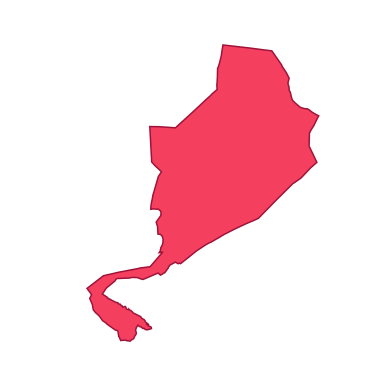 the district of Mitontic, Chiapas, Mexico, rotated 311°
{"feature_id": "50627088B9459318195233", "entity_name": "Mitontic", "entity_type": "district", "adm_level": 2, "iso_a3": "MEX", "parent_name": "Mexico", "parent_adm1": "Chiapas", "projection": "natural_earth1", "projection_center": [-92.592, 16.876], "detail": "fine", "context": "isolated", "style": "filled", "palette": "rose", "viewbox_px": 384, "rotation_deg": 311, "n_neighbors": 0, "source": "geoboundaries", "source_scale": "gbopen_adm2", "svg_char_len": 3728}
<svg xmlns="http://www.w3.org/2000/svg" viewBox="0 0 384 384"><g transform="rotate(311 192 192)"><path d="M41.7,190.6L38.3,194.8L37.7,198.1L37.6,203.2L36.2,209.0L36.7,212.5L36.5,214.3L36.6,214.8L36.7,216.7L36.9,218.8L37.5,224.5L38.3,226.3L38.4,226.9L38.1,227.7L34.9,231.5L34.6,232.6L33.1,235.6L36.5,238.8L36.9,240.2L38.2,242.1L38.9,243.2L40.4,243.3L43.0,244.2L45.9,243.3L47.1,243.3L48.9,242.7L50.8,240.0L53.3,238.9L56.1,238.7L56.1,238.9L56.0,239.6L56.2,241.3L56.7,242.0L56.8,242.7L56.7,244.1L57.0,244.8L57.6,245.1L57.7,246.1L57.5,246.9L58.8,248.8L62.3,251.0L63.1,250.1L63.2,249.4L63.1,249.1L63.0,248.8L62.9,248.3L62.8,248.0L62.6,247.8L62.5,247.3L62.3,246.6L62.4,246.4L62.5,245.7L62.4,245.3L62.4,243.9L62.9,244.9L63.3,246.0L63.6,246.7L63.5,245.0L63.4,242.1L64.0,241.0L64.2,240.1L64.3,239.6L64.2,239.1L64.0,238.4L63.9,238.0L63.8,237.1L63.9,236.3L64.2,235.5L64.2,234.7L64.0,234.0L63.9,233.6L63.6,232.4L63.0,230.1L62.9,229.5L62.7,229.1L62.6,228.6L62.4,228.2L62.3,227.7L62.2,227.1L62.4,225.9L62.4,224.4L62.4,223.8L62.2,222.8L62.1,222.1L62.1,221.5L62.2,221.1L61.6,221.4L61.5,221.2L60.8,219.7L60.8,219.3L60.9,218.8L61.1,218.4L61.7,217.6L61.8,217.2L61.8,216.8L61.5,216.4L59.8,215.5L59.7,215.3L59.8,215.0L60.2,213.9L60.2,213.6L60.2,213.4L59.9,212.9L59.8,212.7L59.9,212.1L60.2,211.8L60.2,211.3L60.0,210.9L59.5,210.5L59.4,210.3L59.4,209.9L59.8,208.9L59.8,208.6L59.6,208.1L59.2,207.6L58.8,207.2L58.7,206.9L58.6,206.1L57.5,202.0L57.3,200.1L56.8,200.0L56.5,197.7L57.0,197.5L56.2,191.3L63.4,190.4L74.1,192.2L77.2,191.9L86.1,201.3L88.1,202.8L88.8,203.4L89.5,204.5L90.0,205.0L90.6,205.7L91.0,206.2L91.8,207.6L92.2,208.5L92.4,209.3L92.7,210.0L92.9,210.3L93.1,211.0L93.4,211.7L93.9,212.4L94.6,212.8L108.5,219.5L108.6,222.8L113.5,224.4L119.1,223.9L120.3,223.4L121.0,223.5L121.7,223.3L122.2,223.3L122.8,223.5L128.2,225.5L128.7,228.5L130.2,229.3L130.4,230.4L150.7,234.1L160.8,236.9L164.7,238.3L165.8,238.8L166.7,239.3L181.3,244.2L191.5,248.3L203.3,253.5L211.9,257.7L215.8,259.4L239.9,260.8L264.2,262.6L274.0,265.1L288.3,265.7L296.3,266.8L303.5,250.2L313.5,242.0L316.8,241.2L322.4,240.3L330.1,238.2L332.6,237.7L331.6,233.4L331.0,229.9L330.9,226.8L330.7,225.3L330.4,224.4L330.0,223.9L329.6,223.4L329.3,223.0L328.8,222.3L328.5,221.6L327.6,219.9L327.3,219.0L327.0,218.2L326.9,217.0L326.9,215.7L326.9,210.9L327.1,207.7L328.8,204.8L331.7,200.9L332.2,199.8L332.3,198.9L332.9,198.3L333.5,197.7L334.6,196.6L335.5,195.4L335.8,195.0L336.1,194.2L336.3,193.9L336.8,193.5L336.9,193.2L337.5,192.7L337.9,192.5L338.1,192.4L338.4,192.4L338.6,192.3L338.9,192.0L339.7,191.6L340.6,191.1L340.8,191.1L341.6,190.7L341.9,190.0L342.1,189.6L342.2,189.2L342.3,188.8L342.5,188.4L342.9,187.6L344.0,184.7L345.4,179.7L345.7,178.5L346.0,177.4L346.6,176.6L347.4,173.6L350.9,159.6L348.3,155.8L337.0,138.8L336.8,138.6L323.3,118.9L319.2,121.4L313.9,124.8L307.7,128.0L303.6,129.8L302.2,130.1L300.5,131.5L299.9,132.0L295.2,135.9L291.6,138.7L289.0,140.6L285.8,143.7L283.5,143.4L279.7,142.8L276.3,142.7L274.6,142.4L270.2,141.9L252.7,140.1L246.7,139.4L235.0,138.0L229.6,137.4L219.6,124.2L213.7,117.2L188.2,141.9L187.6,146.6L187.3,155.7L181.7,156.4L167.7,162.9L164.5,164.3L160.1,166.9L157.3,168.4L154.8,170.0L151.9,172.2L152.6,172.9L153.5,173.5L156.2,177.0L156.7,177.5L157.0,178.3L156.9,178.8L157.1,179.7L157.0,180.6L156.6,181.5L155.9,182.3L155.4,182.8L154.8,183.1L153.9,183.9L146.1,184.7L145.9,184.7L145.7,184.8L143.3,188.7L139.3,192.6L137.9,193.9L139.3,196.0L139.1,198.5L137.4,201.2L136.2,202.0L135.6,202.8L134.7,203.1L133.8,203.8L131.0,204.8L130.0,204.8L127.0,206.5L126.4,206.8L124.7,207.0L126.9,208.9L127.8,209.3L108.1,209.4L101.1,203.1L97.3,200.3L83.9,189.7L81.0,187.6L70.7,180.1L50.4,176.0L48.6,183.6L44.6,184.6L41.7,190.6Z" fill="#f43f5e" stroke="#9f1239" stroke-width="1.5"/></g></svg>